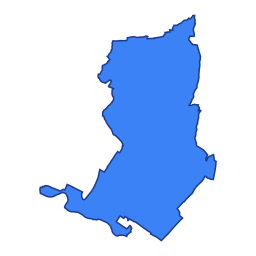 the district of Topoloveni, Arges, Romania
{"feature_id": "2599482B28949166666369", "entity_name": "Topoloveni", "entity_type": "district", "adm_level": 2, "iso_a3": "ROU", "parent_name": "Romania", "parent_adm1": "Arges", "projection": "mercator", "projection_center": [25.078, 44.823], "detail": "fine", "context": "isolated", "style": "filled", "palette": "blue", "viewbox_px": 256, "rotation_deg": 0, "n_neighbors": 0, "source": "geoboundaries", "source_scale": "gbopen_adm2", "svg_char_len": 5784}
<svg xmlns="http://www.w3.org/2000/svg" viewBox="0 0 256 256"><path d="M161.4,240.6L165.6,236.2L168.3,233.6L174.2,226.7L180.5,220.1L181.9,218.8L182.6,218.1L182.0,217.5L179.6,215.6L179.6,215.4L179.6,213.8L179.7,212.8L179.0,211.1L178.4,210.1L177.1,208.7L183.6,201.7L184.2,201.8L186.5,198.9L189.8,195.6L192.6,192.9L193.9,190.1L195.6,187.6L196.4,186.6L202.4,180.7L202.9,179.9L203.5,179.2L204.4,177.0L205.0,176.1L206.3,177.0L207.5,178.1L208.7,178.3L210.5,179.2L213.3,179.5L214.7,172.2L215.6,166.9L216.1,161.4L214.6,160.6L214.3,160.1L214.3,159.2L213.5,154.6L210.4,156.0L209.5,156.2L207.9,157.6L207.3,158.5L206.6,160.7L206.1,160.4L205.9,159.8L205.9,158.8L206.4,157.4L207.6,154.7L206.8,154.0L205.7,152.4L203.9,150.4L202.6,149.4L197.0,146.1L196.5,145.2L196.3,144.2L196.4,143.1L196.0,142.3L194.8,137.9L195.6,135.9L195.8,134.7L195.9,133.2L195.8,132.1L196.6,130.5L196.9,129.2L196.3,127.5L196.3,127.0L196.9,124.7L197.6,123.6L197.6,122.5L197.7,121.5L198.4,118.6L198.7,117.7L198.6,116.4L198.6,115.2L198.8,113.9L199.2,112.6L200.0,111.9L200.8,110.5L200.0,110.3L198.3,110.8L198.2,110.1L199.2,109.7L199.4,108.4L199.3,107.4L199.0,107.1L198.5,106.8L198.2,106.1L198.1,105.7L198.3,104.9L196.9,104.9L196.0,104.6L193.9,104.4L192.6,104.8L191.7,105.3L189.2,105.4L190.7,102.8L191.1,102.2L191.4,101.3L191.8,100.4L191.8,99.9L192.2,99.1L193.0,98.2L193.4,97.5L193.7,96.6L193.6,95.7L193.4,95.1L193.4,94.8L193.6,94.3L193.5,93.6L193.6,93.1L194.5,91.6L195.1,90.3L195.6,89.3L196.5,88.4L196.8,87.8L197.0,87.2L196.9,85.6L197.0,85.2L197.4,83.8L198.2,81.4L199.0,76.8L198.7,75.3L198.7,74.6L199.0,73.7L198.9,73.1L199.1,71.8L199.2,69.5L199.4,68.6L199.8,65.4L199.8,63.9L199.6,61.4L200.0,60.5L200.2,59.4L200.3,57.8L200.5,56.8L200.1,55.3L199.9,54.2L199.1,52.3L198.6,49.9L198.0,48.3L197.5,46.2L197.1,45.1L195.9,44.8L192.5,44.5L192.2,43.8L190.8,42.5L190.6,41.8L189.8,41.0L189.3,40.2L188.8,39.7L188.9,38.1L189.3,37.8L189.8,36.2L193.2,36.3L194.0,36.3L194.3,36.2L194.0,35.7L194.2,34.8L194.1,33.0L193.7,31.9L193.6,31.2L193.3,30.0L193.5,28.4L194.6,25.7L195.4,23.3L195.0,23.2L194.7,22.3L195.1,20.6L195.0,19.6L194.4,18.5L194.5,17.1L194.7,15.4L193.2,15.4L192.8,15.6L192.5,16.4L192.2,16.8L191.2,17.7L191.0,18.4L190.5,18.8L190.1,18.9L189.7,18.8L189.1,18.3L188.7,18.2L188.1,19.1L186.4,20.3L185.0,20.2L184.3,20.3L182.9,21.4L181.4,22.9L179.3,23.8L177.9,24.6L177.2,25.3L174.0,25.3L173.8,25.9L172.4,28.3L172.8,30.3L169.7,29.8L169.9,32.0L167.3,32.0L167.3,32.5L165.0,32.5L165.2,33.4L164.9,34.3L164.2,34.8L163.3,36.3L161.6,36.8L160.3,37.1L154.1,38.0L154.2,38.5L152.7,38.4L147.1,38.7L147.2,37.7L147.8,36.6L146.9,36.2L146.0,36.1L145.3,36.2L144.1,36.8L143.0,37.0L139.8,37.1L139.4,37.5L138.6,37.3L136.8,37.5L134.2,36.7L133.3,36.7L131.0,37.1L130.5,37.0L129.3,37.5L127.4,37.7L127.4,38.7L126.8,40.5L122.7,40.7L119.8,40.6L117.3,41.0L112.9,40.9L112.5,41.8L112.5,42.3L112.2,42.8L112.1,43.8L112.4,44.6L112.4,45.4L112.0,46.2L112.1,49.3L112.0,49.5L111.5,49.6L111.1,50.8L111.2,51.4L110.7,52.1L110.1,53.0L109.1,54.0L109.0,54.6L108.6,54.9L107.8,56.2L107.2,56.4L108.4,57.7L109.8,59.7L109.1,60.5L107.7,61.6L107.7,62.3L106.6,63.5L104.0,65.0L102.6,65.4L102.3,66.6L102.3,68.5L102.3,69.2L102.2,70.1L100.7,72.5L100.0,74.2L99.4,74.1L98.3,74.2L98.0,76.1L98.5,78.1L99.3,78.3L99.8,79.7L100.5,80.7L101.6,81.7L102.9,82.4L103.6,82.5L104.4,82.7L105.2,83.2L106.0,82.9L106.9,82.0L108.8,80.9L109.1,80.3L109.7,80.3L110.8,80.3L111.4,81.6L111.1,81.7L110.2,83.7L109.0,85.2L108.5,86.5L110.1,87.4L110.8,87.5L113.4,88.6L112.0,90.1L112.1,90.8L112.0,92.8L112.0,94.0L112.3,95.2L112.6,96.1L113.6,97.6L113.6,99.4L113.0,100.8L112.1,101.9L111.9,102.6L111.2,103.2L110.8,103.8L107.7,106.6L106.6,108.1L104.9,109.6L104.1,110.1L103.3,111.2L102.8,112.1L102.6,115.8L104.2,117.2L104.2,117.6L104.4,118.1L104.5,119.1L105.6,120.5L106.6,122.8L108.8,126.2L110.1,128.0L110.6,128.5L111.3,129.4L112.4,131.9L112.9,133.7L113.6,134.8L114.9,135.2L116.7,136.7L118.7,138.6L119.6,139.7L120.6,140.5L121.1,141.2L122.1,142.8L122.8,144.1L123.1,145.7L122.5,145.6L122.1,147.7L122.1,148.3L121.7,149.4L121.3,149.9L119.6,152.8L117.7,151.5L115.2,155.0L112.9,158.7L111.4,160.7L110.3,162.6L109.1,164.4L107.3,166.8L107.6,167.1L104.2,172.1L99.8,169.5L99.0,173.0L98.2,177.3L96.9,180.6L94.7,185.6L92.4,189.9L91.4,191.4L85.1,199.2L83.8,199.7L82.9,199.3L81.7,197.0L81.6,194.5L81.9,193.6L82.1,192.9L82.5,192.1L80.2,190.8L76.1,188.9L74.2,187.8L67.2,184.4L67.0,184.8L66.8,185.3L65.6,188.3L64.7,189.9L63.6,189.5L62.6,189.5L62.1,189.8L61.6,190.4L60.7,191.0L60.3,191.0L59.1,190.6L58.2,190.1L53.2,188.2L51.8,187.9L51.3,187.4L50.3,186.9L48.5,186.1L46.0,185.6L45.1,185.7L44.8,186.1L44.6,186.1L44.2,186.8L43.2,186.5L43.0,186.3L42.5,186.4L42.1,186.9L42.0,187.5L40.4,187.3L39.9,189.4L40.4,193.5L41.3,193.7L45.5,195.8L48.4,196.8L51.5,196.9L54.0,196.3L55.8,195.2L60.2,193.5L61.5,192.8L62.7,192.5L63.3,192.6L65.4,193.4L66.4,194.4L67.5,197.2L67.9,199.4L68.0,200.6L67.8,201.3L67.4,202.0L66.8,202.8L65.7,204.4L64.8,206.4L64.6,207.4L64.9,207.9L66.4,208.9L67.7,210.3L70.3,211.5L71.2,211.7L72.8,211.7L76.2,212.1L77.5,212.1L79.7,213.2L82.2,214.7L83.6,215.7L84.5,216.7L86.9,217.8L88.1,218.3L89.4,218.6L91.4,218.6L93.4,219.6L95.0,219.5L97.0,219.9L97.3,219.4L98.0,219.2L99.0,219.3L100.2,219.6L106.9,222.6L109.4,224.8L110.1,225.6L110.7,226.8L111.7,229.3L112.4,232.1L113.4,233.5L115.8,235.6L117.5,236.0L118.8,235.3L122.2,235.1L124.9,235.6L126.7,236.5L127.0,235.7L127.0,235.1L127.2,234.4L127.7,234.5L129.9,232.4L130.8,232.3L131.0,231.9L131.0,231.5L130.8,230.8L131.3,229.1L131.7,228.5L130.8,226.4L130.3,225.7L129.9,225.5L128.0,227.7L127.2,228.2L126.6,228.8L116.2,221.8L120.1,215.9L123.8,218.4L125.0,216.5L127.4,217.9L127.8,219.2L127.8,220.5L128.1,220.5L128.7,220.0L128.9,219.4L129.5,218.9L130.3,219.5L134.0,221.6L135.5,222.0L147.7,230.8L149.3,231.8L150.5,232.4L150.9,233.3L150.6,234.0L157.2,237.4L161.4,240.6Z" fill="#3b82f6" stroke="#1e3a8a" stroke-width="1.5"/></svg>